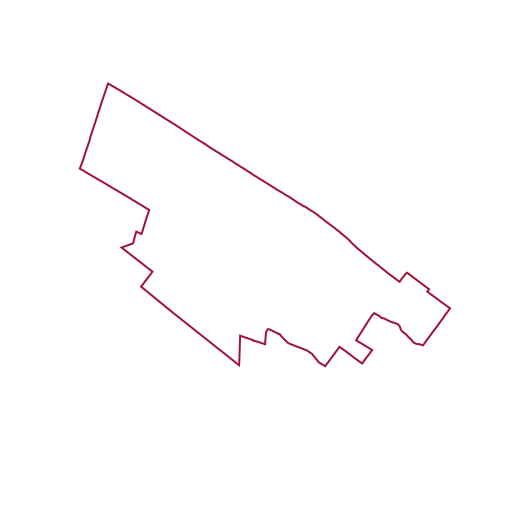 the district of Studina, Olt, Romania, rotated 201°
{"feature_id": "2599482B4417502525684", "entity_name": "Studina", "entity_type": "district", "adm_level": 2, "iso_a3": "ROU", "parent_name": "Romania", "parent_adm1": "Olt", "projection": "orthographic", "projection_center": [24.422, 43.965], "detail": "fine", "context": "isolated", "style": "outline", "palette": "rose", "viewbox_px": 512, "rotation_deg": 201, "n_neighbors": 0, "source": "geoboundaries", "source_scale": "gbopen_adm2", "svg_char_len": 6091}
<svg xmlns="http://www.w3.org/2000/svg" viewBox="0 0 512 512"><g transform="rotate(201 256 256)"><path d="M426.2,358.9L437.4,360.9L440.7,361.5L444.1,362.1L449.7,363.0L453.8,363.7L455.8,364.0L455.9,360.4L455.7,357.9L455.4,350.2L455.4,348.7L454.6,333.1L454.5,332.6L454.4,331.6L454.4,331.0L454.4,330.0L454.3,329.1L454.3,328.8L454.2,327.0L454.1,325.2L454.0,323.3L453.9,321.2L453.9,320.4L453.9,319.4L453.8,318.3L453.7,316.9L453.5,314.6L453.5,313.3L453.6,312.4L453.3,309.4L453.3,308.4L453.2,306.7L453.0,305.1L452.8,304.4L452.7,303.6L452.7,303.2L452.7,300.8L452.5,297.7L452.5,296.7L452.5,296.3L452.5,295.6L452.4,294.0L452.3,291.7L452.2,289.4L452.1,287.7L451.8,283.6L451.8,279.9L451.8,277.4L451.8,275.4L451.8,274.4L451.6,274.4L451.4,274.4L450.6,274.2L448.1,273.9L445.3,273.4L444.4,273.2L437.3,272.0L433.9,271.5L433.0,271.3L427.9,270.5L421.9,269.5L420.4,269.2L413.6,268.0L409.8,267.4L406.3,266.8L403.1,266.3L399.4,265.6L396.8,265.2L393.3,264.6L389.7,263.8L388.6,263.7L386.3,263.3L382.5,262.6L378.6,261.9L376.0,261.4L372.2,260.7L371.9,253.7L371.7,249.4L371.4,245.5L371.2,242.6L370.9,238.5L370.9,235.5L376.5,235.9L376.3,233.3L376.1,230.6L375.5,226.2L375.4,223.6L381.7,218.2L384.6,215.7L377.0,213.4L376.7,213.3L347.0,204.3L352.3,186.2L317.2,174.6L316.7,174.4L232.7,148.0L233.5,150.6L242.2,175.9L228.5,176.4L228.2,176.0L224.3,176.5L215.9,176.9L216.3,178.0L216.7,179.4L217.2,181.2L217.8,183.0L218.1,184.2L218.3,185.0L218.8,186.5L219.0,187.6L219.3,188.7L219.3,189.3L219.2,190.1L219.0,190.9L218.8,191.4L218.6,192.1L218.1,192.1L217.1,192.3L215.6,192.2L211.8,191.8L209.0,191.6L207.2,191.4L206.6,191.3L206.6,191.6L206.1,191.6L204.9,191.0L204.1,190.5L203.3,190.0L202.4,189.6L201.2,189.0L199.7,188.3L199.0,188.0L197.4,187.3L196.1,186.7L195.2,186.4L194.6,186.3L194.1,186.2L193.4,186.2L191.6,186.1L189.8,186.1L188.3,186.1L187.0,186.1L185.0,186.1L183.5,186.1L182.0,186.2L180.4,186.2L179.2,186.1L177.5,186.1L174.3,186.1L173.0,185.7L171.7,185.4L169.1,184.9L168.3,184.6L167.8,184.3L167.1,183.8L165.7,182.9L164.5,182.3L161.7,180.7L160.1,179.7L159.3,179.3L158.6,179.1L157.2,178.9L155.9,178.6L153.3,178.2L152.0,177.9L150.2,184.1L149.8,185.5L148.5,190.1L146.9,196.0L145.6,201.1L145.3,201.0L141.0,199.9L136.7,198.8L128.9,196.5L122.2,194.7L121.1,194.4L118.4,193.7L118.1,194.5L117.5,197.0L116.9,199.2L116.0,202.3L115.2,204.9L114.2,208.6L113.9,209.9L132.3,213.2L132.1,214.2L131.9,215.0L131.8,215.5L131.8,216.1L131.6,217.1L131.4,217.7L130.8,220.9L130.3,222.9L129.9,225.3L129.5,227.5L128.8,231.0L127.9,235.3L127.1,239.2L126.6,241.4L126.3,242.4L125.3,244.9L123.9,244.8L123.0,244.6L121.8,244.6L120.8,244.5L119.8,244.4L118.7,244.0L117.9,243.5L117.3,243.2L116.7,243.3L115.7,243.5L115.3,243.4L114.7,243.4L114.3,243.5L113.4,243.6L112.3,243.4L111.5,243.3L110.2,243.2L108.3,243.0L107.4,243.0L106.3,242.9L105.7,242.9L104.7,243.0L103.5,243.1L102.6,243.2L101.8,243.2L100.9,243.2L100.2,243.2L99.4,243.1L98.5,242.9L97.6,242.5L96.7,241.9L96.1,241.2L95.4,240.5L95.0,239.8L94.4,239.2L93.7,238.6L92.7,238.2L91.5,237.7L90.9,237.4L90.0,237.2L88.3,236.7L87.1,236.3L86.2,235.8L85.5,235.4L84.9,235.1L83.6,234.5L82.4,234.1L81.8,233.8L81.0,233.5L80.2,233.1L79.6,232.7L79.0,232.3L78.5,231.9L78.1,231.8L76.6,231.5L75.4,231.4L74.2,231.6L73.0,231.9L72.3,232.1L71.7,232.3L71.0,232.3L70.2,232.3L69.3,232.3L68.5,232.4L68.0,232.5L67.2,235.9L66.1,239.9L64.9,244.0L63.7,248.6L63.6,249.0L63.1,250.8L62.1,253.9L60.9,258.5L60.6,259.7L60.5,260.0L60.1,261.5L59.8,262.8L59.2,264.4L58.8,266.2L58.6,267.4L57.8,270.4L57.1,272.8L56.6,274.9L56.1,276.7L68.9,280.1L83.3,284.1L83.1,284.7L82.9,285.5L82.7,286.1L82.5,287.0L109.0,294.5L109.3,294.0L109.7,293.4L110.0,292.8L110.2,292.1L110.4,291.4L110.6,290.9L111.1,289.2L111.7,287.4L112.3,285.0L112.7,283.4L113.6,283.6L117.2,284.6L119.5,285.3L120.9,285.7L122.0,286.0L122.8,286.2L124.1,286.5L126.0,287.0L126.7,287.2L127.4,287.4L128.2,287.7L129.1,288.1L131.0,288.7L133.6,289.5L136.1,290.3L138.9,291.2L140.3,291.6L141.5,291.9L143.1,292.5L144.2,292.8L145.6,293.3L148.0,294.1L149.2,294.4L149.8,294.6L151.5,295.2L152.6,295.6L153.2,295.8L154.0,296.0L155.1,296.4L156.8,297.0L158.3,297.5L160.3,298.3L161.4,298.6L162.2,298.8L163.4,299.3L164.4,299.6L165.9,300.3L166.7,300.6L167.7,301.0L168.4,301.3L168.8,301.4L169.6,301.8L170.4,302.1L171.0,302.3L171.5,302.6L172.4,303.0L173.1,303.4L174.3,304.0L176.0,304.7L177.0,305.1L177.6,305.3L179.5,306.0L183.5,307.3L185.0,307.7L185.6,308.0L186.4,308.4L187.2,308.6L188.3,309.0L189.3,309.3L189.9,309.5L190.6,309.7L191.2,309.8L192.2,310.1L192.9,310.4L193.3,310.6L193.8,310.7L194.3,310.7L194.9,311.0L195.4,311.1L195.7,311.2L197.4,311.6L198.6,312.0L199.7,312.3L201.5,312.8L203.9,313.5L206.7,314.4L209.2,315.2L211.7,315.9L213.2,316.4L215.5,317.0L217.5,317.5L218.8,317.9L220.0,318.0L221.2,318.2L223.7,318.7L224.4,318.9L225.1,319.0L225.5,319.1L226.4,319.3L227.0,319.5L227.6,319.6L228.0,319.6L228.8,319.5L229.2,319.5L229.9,319.5L232.5,320.2L234.4,320.5L235.3,320.6L235.8,320.7L236.9,320.9L237.8,321.1L238.6,321.3L239.8,321.6L240.3,321.7L240.8,321.9L241.5,322.0L242.4,322.2L243.1,322.3L244.8,322.7L245.9,323.0L247.4,323.2L250.3,323.7L251.8,324.0L253.6,324.4L255.3,324.7L257.0,324.9L258.4,325.2L260.7,325.5L262.6,326.0L264.0,326.3L266.9,326.8L268.8,327.1L270.6,327.6L272.0,327.8L274.2,328.3L275.7,328.5L277.3,328.8L278.5,329.0L279.5,329.2L280.0,329.3L281.5,329.6L282.0,329.7L283.9,330.2L284.9,330.3L285.6,330.4L286.3,330.5L287.4,330.8L288.5,331.0L289.3,331.2L290.1,331.5L291.0,331.7L292.9,332.0L293.8,332.1L294.9,332.4L295.9,332.6L296.6,332.8L297.3,333.0L298.0,333.0L299.2,333.3L300.8,333.6L301.8,333.7L304.5,334.3L305.6,334.5L306.6,334.7L307.7,334.9L308.9,335.1L309.8,335.4L310.7,335.6L314.0,336.3L315.4,336.5L316.1,336.6L320.7,337.5L324.2,338.2L326.6,338.7L328.1,339.0L330.6,339.4L331.9,339.7L333.2,339.9L334.8,340.3L336.1,340.5L338.3,341.0L339.4,341.2L340.2,341.4L341.1,341.6L341.6,341.7L342.1,342.0L342.9,342.2L343.7,342.4L344.2,342.5L344.2,342.3L344.8,342.4L346.3,342.7L348.7,343.2L351.1,343.6L352.6,343.9L357.2,344.9L361.1,345.8L361.8,345.9L367.0,347.0L367.6,347.2L369.2,347.5L373.2,348.4L374.5,348.7L374.9,348.8L384.5,350.7L386.7,351.1L426.2,358.9Z" fill="none" stroke="#9f1239" stroke-width="2"/></g></svg>